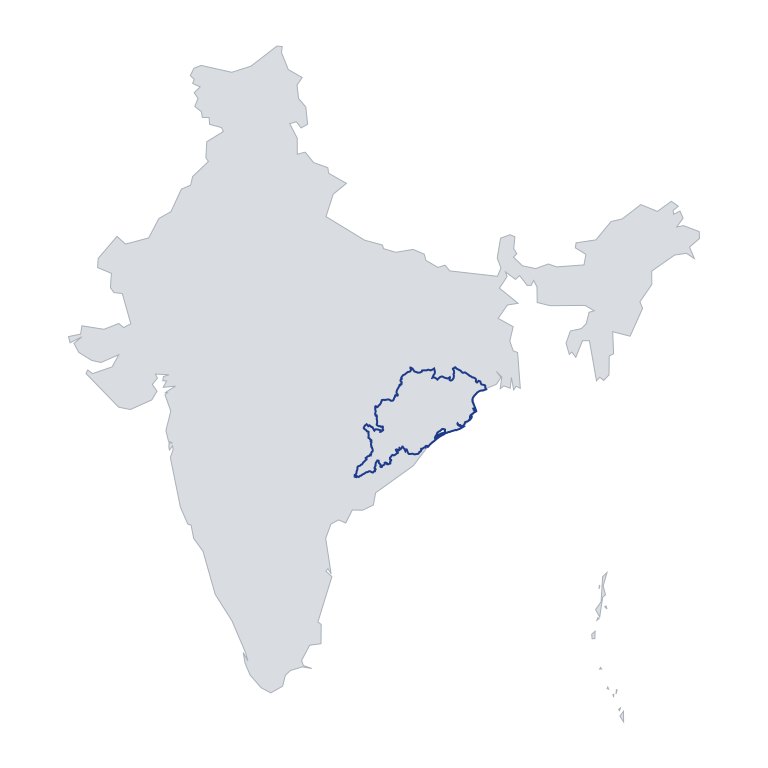 Odisha highlighted on a map of India
{"feature_id": "IND-2444", "entity_name": "Odisha", "entity_type": "State", "adm_level": 1, "iso_a3": "IND", "parent_name": "India", "parent_adm1": "", "projection": "mercator", "projection_center": [83.889, 20.172], "detail": "fine", "context": "in_parent", "style": "outline", "palette": "blue", "viewbox_px": 768, "rotation_deg": 0, "n_neighbors": 0, "source": "natural_earth", "source_scale": "10m", "svg_char_len": 9757}
<svg xmlns="http://www.w3.org/2000/svg" viewBox="0 0 768 768"><path d="M68.5,336.6L80.6,334.1L81.9,325.8L104.0,329.3L118.8,323.5L123.7,327.6L130.8,323.8L122.3,293.5L114.0,292.6L110.4,287.7L111.4,273.3L97.6,267.6L98.2,258.4L117.0,236.4L125.5,244.1L148.7,237.9L158.9,218.5L171.0,211.6L181.4,189.1L190.6,185.2L192.6,176.6L208.4,161.5L205.9,157.7L206.8,141.7L223.4,131.5L221.4,127.5L209.6,124.4L209.1,117.6L202.4,117.4L201.3,111.6L194.8,106.5L198.0,98.3L194.2,92.7L200.2,86.9L192.7,83.5L194.2,79.3L190.3,75.6L193.9,68.3L201.2,65.4L231.7,72.3L250.9,66.2L276.9,46.1L282.2,46.5L281.5,52.6L288.3,69.6L302.2,77.5L297.0,85.1L298.6,98.5L305.8,107.0L307.6,124.2L301.1,127.9L296.4,121.8L289.7,123.7L297.2,138.1L297.3,154.2L305.2,152.2L313.6,162.6L327.8,167.7L328.7,173.3L346.4,183.4L333.2,194.2L326.0,216.6L364.6,240.2L382.4,245.0L383.6,248.7L395.7,252.3L413.0,249.4L424.2,254.1L425.9,260.4L437.9,267.4L445.0,265.2L449.8,270.9L497.4,276.3L501.0,268.0L497.2,258.1L500.6,238.2L510.0,234.7L514.9,236.8L513.7,248.7L516.8,253.7L513.5,257.1L522.4,265.8L535.7,268.6L548.3,264.0L556.8,266.9L584.0,264.9L585.9,254.3L575.3,247.8L576.1,242.8L595.9,239.9L611.1,221.5L622.1,219.0L640.8,204.6L657.4,211.4L671.3,201.3L678.3,206.2L673.2,210.3L673.5,214.3L680.0,211.1L683.1,218.2L676.7,226.9L683.6,225.7L699.2,231.6L699.5,238.5L689.5,247.1L694.4,258.6L686.4,253.3L674.7,255.0L651.7,271.1L651.8,284.5L639.9,301.8L642.6,308.3L630.1,336.2L612.7,331.7L613.6,353.7L609.2,356.1L609.0,374.9L603.7,380.5L599.7,377.2L596.5,380.8L589.4,340.7L582.5,340.7L575.8,357.3L571.9,352.1L569.3,354.4L566.0,343.2L570.4,331.0L581.4,328.6L586.3,323.6L589.0,312.3L594.2,310.8L585.1,305.4L550.3,305.7L537.2,302.5L537.0,286.9L533.7,280.4L531.1,285.4L527.2,285.4L519.6,275.6L515.5,279.4L505.5,271.9L507.1,276.6L499.4,288.2L518.1,303.3L507.4,305.0L498.1,318.4L513.2,326.7L509.8,341.0L513.2,350.8L517.6,352.5L520.3,388.3L516.1,386.2L513.7,389.9L511.4,377.4L510.2,388.2L503.8,385.9L500.2,388.7L501.8,377.0L496.3,371.5L501.0,377.4L496.4,384.3L478.1,391.9L472.9,398.0L475.4,410.4L470.5,419.4L462.4,426.4L459.6,425.4L459.0,429.0L445.1,433.7L443.6,429.2L438.0,432.2L436.6,435.9L442.2,435.2L427.7,446.7L413.3,465.7L375.6,492.8L373.4,505.0L362.6,510.2L352.3,510.0L345.7,523.0L338.5,519.9L330.9,524.1L325.7,538.4L331.1,573.8L327.9,568.7L325.9,571.1L331.9,576.6L317.9,621.9L321.2,624.5L321.0,643.7L309.7,645.2L301.6,660.4L303.3,665.5L311.8,668.5L302.4,666.9L290.4,670.5L285.4,675.2L282.6,686.2L270.8,692.9L261.1,687.7L250.0,674.9L245.0,662.9L243.2,652.4L247.9,661.0L245.5,652.5L232.0,620.9L215.2,594.3L203.0,551.3L193.7,538.4L191.1,525.2L187.8,524.1L180.4,507.2L170.4,457.7L173.2,449.1L172.5,446.0L169.5,450.1L168.9,447.7L169.0,442.7L172.8,443.2L168.5,441.2L165.9,430.5L170.8,411.1L165.0,394.9L167.4,392.6L164.8,392.8L175.6,386.1L163.2,387.3L166.6,380.9L162.8,380.8L163.5,376.5L169.0,374.8L155.4,374.0L157.4,378.2L152.3,384.4L157.0,391.2L151.8,399.9L130.4,409.5L118.7,407.2L86.0,373.5L87.7,370.0L92.6,373.6L112.1,366.9L118.8,354.7L101.0,362.5L91.7,360.4L78.8,352.4L74.0,343.4L81.8,336.8L70.1,342.8L68.5,336.6ZM599.7,617.0L595.6,609.6L601.1,601.8L602.6,576.7L607.0,572.5L603.2,585.9L605.5,594.8L602.7,597.1L599.7,617.0ZM623.5,711.3L623.6,721.9L619.9,716.1L623.5,711.3ZM594.9,638.6L592.1,638.8L591.7,634.3L595.1,631.1L594.9,638.6ZM613.8,694.2L613.6,697.3L612.9,694.5L613.8,694.2ZM617.2,690.0L616.0,694.1L616.4,689.7L617.2,690.0ZM620.7,707.5L619.5,710.7L618.6,709.5L620.7,707.5ZM601.6,669.0L599.6,669.1L600.5,667.4L601.6,669.0ZM599.0,618.6L596.9,620.3L597.9,617.6L599.0,618.6ZM606.1,605.9L607.0,609.0L604.7,606.7L606.1,605.9ZM608.7,689.2L607.1,688.6L607.8,687.0L608.7,689.2ZM599.9,585.8L598.9,589.0L599.4,585.5L599.9,585.8Z" fill="#d9dde1" stroke="#a8b0b8" stroke-width="1"/><path d="M486.2,389.3L483.3,390.4L482.3,390.6L481.5,390.5L480.3,390.7L478.4,391.7L477.3,392.5L474.1,395.9L473.0,397.6L472.4,399.4L472.5,401.6L475.2,408.0L474.9,408.6L474.1,408.4L473.3,408.6L473.5,409.0L474.0,409.1L475.6,409.2L475.9,409.8L475.9,410.2L475.7,410.3L475.1,410.1L474.6,410.5L475.6,410.8L475.8,411.1L476.9,410.5L476.0,411.4L475.4,411.9L474.3,412.3L470.5,415.3L470.0,416.6L469.9,418.1L470.9,417.4L471.3,417.6L471.5,416.5L471.8,417.0L470.9,418.7L469.3,419.8L469.5,420.0L470.6,419.3L467.9,421.2L465.4,422.0L465.0,422.4L464.4,424.4L462.8,426.1L463.0,426.5L463.5,426.6L462.9,427.0L461.8,426.4L460.2,425.0L458.8,425.1L458.0,424.2L457.8,423.5L457.6,423.3L457.4,423.8L457.9,424.9L459.3,425.8L460.5,426.0L461.1,426.9L462.3,427.4L460.1,428.7L456.2,430.2L455.5,429.9L455.0,430.2L451.0,431.3L449.7,432.0L448.5,432.0L446.2,433.1L446.5,432.8L445.9,432.8L444.5,433.7L442.5,434.3L442.3,433.7L442.0,433.7L441.9,433.4L444.0,432.6L443.8,433.2L445.1,432.4L444.8,432.2L445.0,431.8L445.0,429.5L443.0,428.9L442.2,429.0L439.6,431.3L438.5,431.7L437.4,432.7L437.1,433.3L437.1,433.9L436.8,434.2L436.5,434.9L435.7,435.9L435.7,436.2L435.9,436.7L435.3,437.0L434.9,437.4L435.0,437.9L435.3,437.6L435.4,437.9L435.3,438.6L435.9,438.1L437.1,437.7L437.0,436.8L437.3,437.0L437.7,436.8L436.8,436.4L436.8,436.2L437.3,436.2L438.0,435.6L437.7,435.0L438.0,434.5L439.3,434.8L440.2,434.0L440.9,434.0L441.1,433.7L441.4,434.1L441.4,434.7L441.0,435.0L440.8,435.4L439.9,435.9L439.7,435.4L439.3,435.9L438.9,435.8L439.2,436.1L439.2,436.4L439.8,436.3L445.1,433.7L439.9,436.4L436.6,438.7L434.2,441.0L432.6,442.1L429.9,444.5L428.1,446.8L427.9,446.9L427.5,446.0L426.1,445.9L425.8,446.0L425.9,447.0L425.5,447.5L424.9,447.2L423.3,448.0L422.4,448.8L421.2,448.8L421.3,449.5L421.1,450.0L421.2,450.5L421.0,450.8L420.3,451.7L419.5,451.8L418.6,453.5L417.9,453.9L416.5,454.0L414.5,454.4L412.6,453.7L411.0,453.9L408.9,454.0L408.5,453.6L407.9,452.7L406.7,449.5L406.1,449.3L405.6,449.5L405.5,450.0L405.7,450.7L405.4,451.2L404.6,449.3L403.4,447.8L402.7,446.6L402.3,446.6L402.0,447.7L401.1,448.4L400.6,449.3L400.3,449.3L400.0,448.4L399.4,447.9L399.3,448.1L399.5,449.1L399.1,449.5L399.3,449.8L399.1,450.3L398.6,450.4L396.8,449.4L395.9,449.7L395.9,450.1L396.5,451.1L396.9,451.7L397.5,451.9L397.9,452.5L397.9,452.9L396.5,453.6L395.0,454.9L393.8,455.4L392.7,454.9L392.1,455.1L390.8,456.9L390.0,457.7L389.9,459.0L390.4,460.0L391.1,459.9L391.2,460.4L390.1,461.8L390.0,462.1L390.4,462.8L390.3,463.5L390.1,463.6L389.4,463.7L388.4,464.2L387.3,464.3L387.0,464.1L387.0,463.3L386.8,463.0L385.4,462.5L385.0,462.6L384.6,462.9L384.8,463.9L384.5,464.5L382.3,465.8L381.9,466.9L381.5,467.1L380.6,466.9L380.4,466.6L380.4,465.9L380.7,464.9L380.4,464.4L379.2,463.3L378.8,462.7L378.6,460.7L377.3,460.5L376.6,461.7L375.8,462.8L375.7,464.0L375.4,465.0L375.6,465.7L374.5,467.7L374.5,468.1L375.4,468.8L375.6,469.2L374.9,469.8L375.1,470.8L374.9,471.3L373.8,471.4L373.0,472.5L371.7,472.3L370.6,471.5L369.8,471.2L368.7,471.4L367.7,472.1L366.1,472.3L364.0,473.8L362.1,474.7L361.4,475.5L360.3,475.7L358.7,477.0L357.2,476.3L356.5,477.2L354.7,476.7L354.7,475.0L355.0,474.9L355.4,475.1L355.8,475.1L355.9,474.0L356.4,473.3L356.6,471.2L357.1,470.4L357.5,468.7L357.3,467.8L357.9,466.4L360.1,465.7L360.8,464.8L362.0,464.4L363.3,462.4L364.4,461.5L365.4,460.3L366.6,459.4L366.5,458.8L365.8,458.3L365.7,457.9L366.5,457.5L367.6,456.4L369.3,455.9L369.9,454.8L370.8,455.3L371.1,454.3L371.4,452.4L371.8,451.9L372.5,451.5L372.7,451.0L372.6,449.2L372.1,448.2L372.0,447.4L371.2,446.7L371.4,445.7L370.9,444.4L371.0,443.6L371.5,442.3L370.7,441.4L371.4,440.7L371.4,440.3L371.0,439.8L370.1,439.5L369.5,438.3L368.6,438.0L368.4,437.7L368.7,434.9L368.4,433.6L368.6,431.9L368.2,431.6L366.9,431.3L366.2,430.1L364.2,428.8L363.7,428.1L363.9,427.4L364.9,425.5L365.6,425.2L366.6,424.2L368.0,425.6L368.3,426.3L368.8,426.2L369.2,425.4L369.5,425.3L371.0,426.5L371.3,427.1L372.2,427.0L372.5,427.2L374.1,430.4L374.4,430.7L375.2,429.5L375.6,429.3L378.1,429.5L379.2,430.0L380.3,430.2L380.2,431.9L380.6,431.9L383.1,430.2L383.2,429.9L382.6,429.0L382.9,427.3L382.8,426.6L381.9,426.5L381.0,426.9L380.0,426.1L378.5,426.1L376.8,425.0L376.7,424.4L377.2,422.6L377.0,419.8L376.7,419.1L376.9,416.2L376.8,415.9L376.5,416.1L376.2,416.0L376.0,415.0L375.8,414.9L375.5,415.1L375.1,414.1L375.7,411.2L375.2,409.3L375.2,406.6L375.6,406.2L376.3,406.4L376.5,406.5L376.5,407.1L376.8,407.3L377.8,406.8L378.9,405.3L379.9,404.6L380.9,402.9L381.3,401.6L381.7,401.1L381.7,400.2L382.0,400.0L384.1,399.8L384.9,400.1L385.6,399.8L388.6,399.4L390.3,400.2L390.9,400.8L392.5,400.7L393.2,400.3L393.7,399.5L394.3,397.7L395.0,396.8L395.0,395.8L395.4,395.2L395.9,395.2L397.2,395.7L397.6,395.6L397.8,395.2L397.7,394.5L396.6,393.2L396.5,391.9L397.0,390.1L399.3,386.1L399.5,384.9L399.9,384.7L400.5,385.0L400.7,384.2L401.5,384.1L401.6,383.7L401.5,383.2L401.7,382.0L400.7,381.3L400.5,380.9L400.7,379.6L401.8,378.9L401.7,378.5L401.2,377.9L401.3,377.6L402.9,375.3L405.0,374.3L407.6,372.1L409.6,371.7L410.1,371.4L410.8,370.5L411.0,370.0L410.8,369.0L410.3,368.0L410.4,367.6L411.2,367.8L412.5,368.6L414.2,371.2L414.9,371.7L416.0,371.9L417.8,372.7L420.1,372.5L421.8,371.6L422.0,370.7L422.2,370.4L426.9,370.3L427.7,369.8L428.4,369.7L430.7,370.4L431.5,369.9L432.4,369.7L434.1,368.5L434.8,371.1L434.9,372.5L434.7,373.5L433.5,375.2L432.4,377.8L433.8,377.4L434.8,377.6L436.7,378.9L437.4,379.6L439.7,377.3L441.5,376.5L442.4,376.5L444.6,377.7L447.4,378.5L448.8,377.9L449.8,377.2L450.0,377.8L449.5,378.6L449.5,379.7L449.6,380.0L450.7,380.6L451.6,380.3L452.5,379.7L453.7,377.8L453.7,377.1L454.0,375.9L453.5,374.5L453.5,374.1L454.1,373.2L454.1,372.4L453.9,370.7L453.0,369.3L452.9,368.6L454.2,368.1L454.7,367.4L455.4,367.3L456.5,368.6L460.6,370.7L462.2,372.5L463.0,372.8L465.0,372.4L467.3,373.9L468.3,374.8L469.1,375.2L469.5,375.8L470.9,376.3L472.3,377.4L473.6,377.5L475.3,378.4L475.9,379.2L476.0,380.1L475.8,381.3L476.6,382.4L477.2,382.4L477.4,381.9L478.0,381.6L478.5,380.8L480.0,381.3L480.4,381.6L480.8,383.4L481.4,384.4L484.8,385.2L485.1,385.5L485.3,385.8L485.2,387.5L486.2,389.3Z" fill="none" stroke="#1e3a8a" stroke-width="2"/></svg>